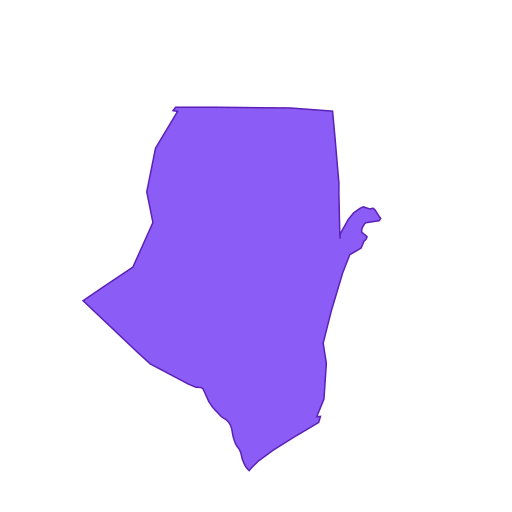 outline of San Cristóbal Suchixtlahuaca, Oaxaca, Mexico, rotated 135°
{"feature_id": "50627088B15644266114804", "entity_name": "San Cristóbal Suchixtlahuaca", "entity_type": "district", "adm_level": 2, "iso_a3": "MEX", "parent_name": "Mexico", "parent_adm1": "Oaxaca", "projection": "mercator", "projection_center": [-97.381, 17.726], "detail": "fine", "context": "isolated", "style": "filled", "palette": "violet", "viewbox_px": 512, "rotation_deg": 135, "n_neighbors": 0, "source": "geoboundaries", "source_scale": "gbopen_adm2", "svg_char_len": 1343}
<svg xmlns="http://www.w3.org/2000/svg" viewBox="0 0 512 512"><g transform="rotate(135 256 256)"><path d="M412.1,114.8L412.3,113.8L412.6,111.3L412.6,109.1L409.8,109.3L407.1,109.4L403.6,109.4L402.2,109.3L399.8,109.4L380.9,106.5L356.9,101.0L329.4,94.0L323.8,97.0L326.7,99.4L309.1,106.8L294.7,119.4L282.1,130.4L270.1,146.9L242.1,163.6L236.2,166.8L206.6,182.8L188.8,190.6L176.1,187.3L172.3,188.8L169.2,190.1L166.3,190.0L163.8,191.1L164.4,198.2L161.7,200.5L158.2,201.6L156.8,201.9L154.9,201.9L143.9,193.8L141.2,194.5L140.9,196.9L139.3,204.1L139.3,206.7L139.5,207.1L142.2,208.7L145.4,215.0L149.0,216.2L156.3,217.5L164.9,216.6L180.2,212.3L180.5,212.1L184.3,209.0L168.7,225.4L161.0,233.4L152.5,242.3L146.1,248.6L130.4,267.3L118.8,281.0L99.4,304.3L127.6,337.0L145.0,354.6L164.8,374.9L171.1,381.3L179.1,389.5L207.6,418.0L211.9,417.5L209.2,413.7L250.8,403.3L287.9,378.6L305.2,352.6L326.1,344.6L350.9,335.2L384.6,341.9L409.9,346.7L407.9,272.4L407.1,254.4L394.3,213.0L391.4,205.9L388.0,202.0L387.6,200.8L387.5,199.1L390.4,191.5L392.3,186.5L392.7,184.4L393.5,180.6L393.8,176.7L393.9,174.4L393.9,172.0L394.1,167.7L393.7,164.6L392.8,161.3L392.9,157.8L393.7,154.4L395.3,151.1L397.7,147.7L399.7,144.8L401.6,141.3L403.2,137.9L404.1,134.2L404.6,130.7L406.1,127.3L409.5,121.8L411.3,117.4L412.1,114.8Z" fill="#8b5cf6" stroke="#5b21b6" stroke-width="1.5"/></g></svg>